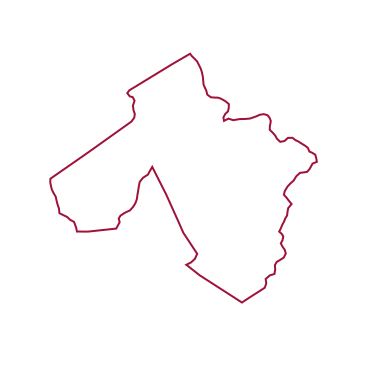 the district of Umirim, Ceará, Brazil, rotated 240°
{"feature_id": "56859067B7919726635924", "entity_name": "Umirim", "entity_type": "district", "adm_level": 2, "iso_a3": "BRA", "parent_name": "Brazil", "parent_adm1": "Ceará", "projection": "natural_earth1", "projection_center": [-39.389, -3.68], "detail": "fine", "context": "isolated", "style": "outline", "palette": "rose", "viewbox_px": 384, "rotation_deg": 240, "n_neighbors": 0, "source": "geoboundaries", "source_scale": "gbopen_adm2", "svg_char_len": 1945}
<svg xmlns="http://www.w3.org/2000/svg" viewBox="0 0 384 384"><g transform="rotate(240 192 192)"><path d="M155.7,315.2L159.1,316.5L162.7,317.4L165.9,315.7L168.3,313.9L172.3,314.4L175.5,313.1L178.8,311.3L182.7,309.3L185.2,307.5L188.7,306.1L190.9,302.1L189.9,297.7L191.3,293.5L195.7,292.2L199.2,292.3L202.8,291.6L207.0,290.4L210.0,292.3L214.0,295.7L217.4,296.3L220.8,295.8L223.6,293.0L225.0,289.2L225.4,285.3L226.6,279.0L228.8,274.3L231.2,270.0L233.6,263.6L237.3,260.3L237.6,255.3L240.9,256.5L243.0,259.9L243.8,263.4L246.2,265.7L249.7,267.9L253.8,266.4L258.1,263.9L260.7,261.7L262.4,258.9L264.6,255.7L268.8,253.9L272.7,255.1L275.8,255.3L279.2,255.7L282.2,257.1L286.1,258.9L290.5,260.4L294.1,261.2L298.3,261.5L302.6,261.7L306.2,260.8L309.8,259.8L312.7,259.5L312.6,238.3L311.4,188.6L310.0,185.4L306.0,185.9L303.7,188.1L299.8,187.9L296.4,184.1L292.0,182.2L288.2,181.5L285.2,179.1L283.3,174.8L278.2,122.1L274.3,76.0L270.9,73.9L267.7,72.9L264.5,71.9L260.9,71.6L255.9,71.6L251.9,70.3L248.7,69.4L244.2,68.5L239.9,66.6L236.6,68.8L232.8,71.4L229.0,72.5L225.0,74.9L219.3,73.9L215.3,72.6L209.8,81.9L198.2,108.1L202.0,114.2L205.7,115.3L207.3,118.3L207.6,123.0L207.1,129.1L208.5,133.4L210.7,137.5L213.5,140.8L216.9,143.4L219.9,145.9L223.6,148.9L226.9,151.8L228.8,156.6L229.1,162.5L231.4,166.3L233.6,170.1L202.8,168.4L171.9,165.3L161.1,164.1L135.9,165.6L132.6,161.0L131.5,156.0L131.8,150.7L116.0,157.0L71.3,180.0L71.8,187.8L72.1,193.9L72.7,207.1L75.7,210.6L79.8,212.3L80.9,217.7L79.8,222.4L83.4,225.4L87.2,227.2L89.1,230.4L89.1,234.0L89.3,238.7L91.9,242.5L95.6,243.4L99.0,243.1L103.1,243.2L104.9,246.2L107.8,248.8L110.8,248.8L114.1,247.7L116.0,250.6L118.3,253.6L120.5,257.1L122.6,259.7L124.1,262.6L126.7,264.5L129.9,267.2L131.8,272.2L136.2,271.5L140.0,271.0L143.7,270.2L146.5,272.9L149.0,277.6L150.3,281.8L151.1,285.8L153.5,290.2L154.6,295.0L153.1,298.6L151.9,301.7L153.2,305.5L156.3,310.6L155.7,315.2Z" fill="none" stroke="#9f1239" stroke-width="2"/></g></svg>